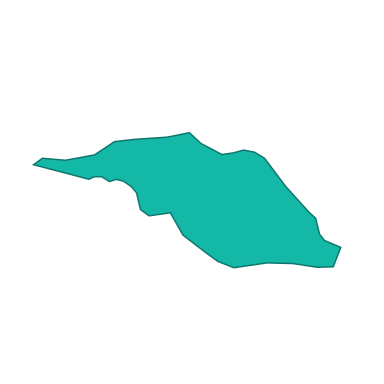 SVG path tracing the border of Gomba, rotated 199°
{"feature_id": "UGA-5600", "entity_name": "Gomba", "entity_type": "District", "adm_level": 1, "iso_a3": "UGA", "parent_name": "Uganda", "parent_adm1": "", "projection": "albers", "projection_center": [31.74, 0.19], "detail": "fine", "context": "isolated", "style": "filled", "palette": "teal", "viewbox_px": 384, "rotation_deg": 199, "n_neighbors": 0, "source": "natural_earth", "source_scale": "10m", "svg_char_len": 654}
<svg xmlns="http://www.w3.org/2000/svg" viewBox="0 0 384 384"><g transform="rotate(199 192 192)"><path d="M224.8,155.5L235.0,158.6L244.2,173.2L251.3,177.4L260.3,179.9L267.9,179.2L273.5,175.0L282.4,177.0L289.4,174.6L293.6,170.5L301.9,169.9L350.7,166.2L344.4,175.2L322.0,180.8L296.3,195.3L281.7,214.4L262.7,223.4L233.5,235.7L213.8,247.2L199.3,240.8L175.9,237.2L165.9,242.3L156.9,248.4L145.8,250.0L134.4,247.5L105.3,227.8L74.5,210.8L66.5,207.4L57.6,193.6L51.0,189.3L33.3,188.0L34.1,167.3L48.7,161.7L73.3,157.2L98.0,149.4L127.8,134.0L145.0,134.8L159.6,139.3L186.5,148.3L205.7,165.3L224.8,155.5Z" fill="#14b8a6" stroke="#0f766e" stroke-width="1.5"/></g></svg>